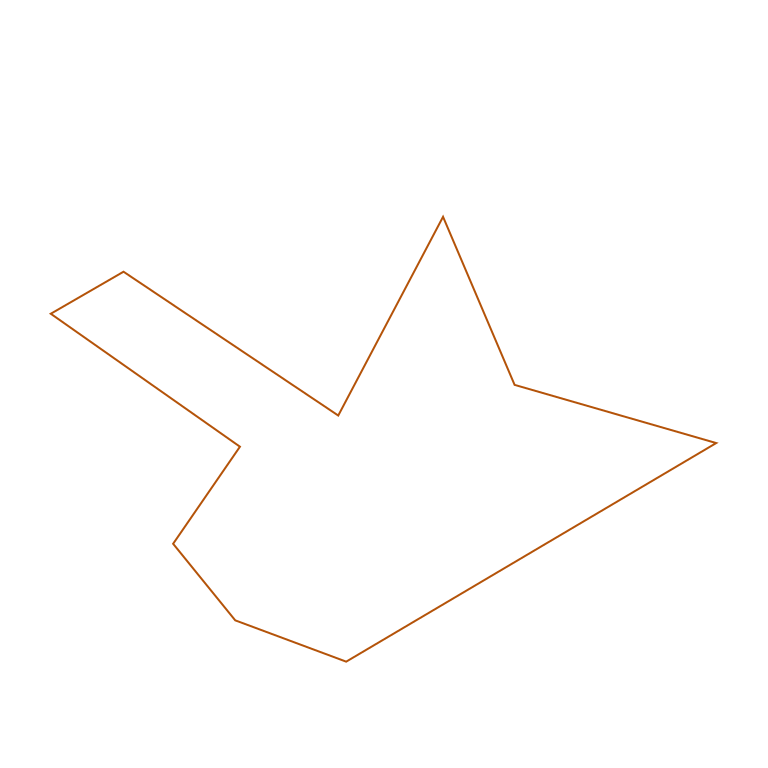 Williamsburg, Virginia, United States of America (Robinson projection), rotated 331°
{"feature_id": "52423323B40435366156553", "entity_name": "Williamsburg", "entity_type": "district", "adm_level": 2, "iso_a3": "USA", "parent_name": "United States of America", "parent_adm1": "Virginia", "projection": "robinson", "projection_center": [-76.709, 37.278], "detail": "fine", "context": "isolated", "style": "outline", "palette": "amber", "viewbox_px": 768, "rotation_deg": 331, "n_neighbors": 0, "source": "geoboundaries", "source_scale": "gbopen_adm2", "svg_char_len": 298}
<svg xmlns="http://www.w3.org/2000/svg" viewBox="0 0 768 768"><g transform="rotate(331 384 384)"><path d="M645.9,596.7L497.8,448.1L516.7,266.4L328.7,389.4L210.6,159.5L126.6,161.0L227.6,369.0L122.1,421.5L139.3,518.6L216.3,608.5L645.9,596.7Z" fill="none" stroke="#b45309" stroke-width="2"/></g></svg>